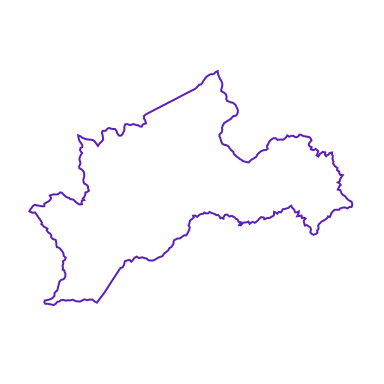 outline of Campo Largo, Paraná, Brazil, rotated 94°
{"feature_id": "56859067B88881435376301", "entity_name": "Campo Largo", "entity_type": "district", "adm_level": 2, "iso_a3": "BRA", "parent_name": "Brazil", "parent_adm1": "Paraná", "projection": "albers", "projection_center": [-49.618, -25.266], "detail": "fine", "context": "isolated", "style": "outline", "palette": "violet", "viewbox_px": 384, "rotation_deg": 94, "n_neighbors": 0, "source": "geoboundaries", "source_scale": "gbopen_adm2", "svg_char_len": 6016}
<svg xmlns="http://www.w3.org/2000/svg" viewBox="0 0 384 384"><g transform="rotate(94 192 192)"><path d="M313.7,330.7L313.6,327.8L314.4,322.1L312.9,320.0L311.0,318.7L310.4,316.7L309.2,315.5L308.6,312.8L309.2,310.4L308.6,308.4L308.7,306.3L307.8,303.4L308.5,301.7L309.1,299.5L309.1,296.2L308.1,294.3L306.8,292.4L306.8,290.4L307.2,288.8L306.4,286.4L306.3,283.7L308.0,281.6L309.0,279.2L298.8,272.5L287.8,266.5L272.7,258.0L272.1,256.0L269.9,254.9L268.1,254.5L265.7,254.1L264.7,251.6L264.1,249.5L265.8,247.7L264.3,246.4L261.6,244.7L260.3,242.7L261.6,240.4L260.6,237.1L261.3,234.8L261.5,232.6L263.2,230.6L263.2,226.8L262.5,224.9L261.2,223.0L260.1,221.5L258.9,219.3L258.2,217.1L256.6,216.2L255.3,215.5L253.9,213.8L251.8,211.6L249.6,210.7L248.4,208.8L244.8,206.8L242.9,207.0L241.4,206.5L239.4,203.2L239.1,200.7L237.4,199.0L235.7,196.5L235.6,194.7L233.2,193.4L229.7,192.1L227.2,191.8L225.7,193.1L223.8,192.5L220.6,192.0L219.0,190.2L217.2,188.5L215.6,189.2L215.3,186.9L216.5,185.1L215.0,183.8L213.6,182.2L213.0,179.5L211.6,178.4L212.3,177.0L212.2,174.5L210.6,173.0L211.5,171.3L212.3,168.0L213.4,166.1L213.0,164.5L214.5,162.7L216.2,161.9L215.6,160.4L216.4,158.8L214.7,158.6L212.6,157.6L212.0,155.5L213.8,152.9L213.0,150.5L214.3,147.9L215.7,146.3L216.3,144.5L218.6,143.4L218.8,141.2L221.8,142.6L221.9,141.0L219.1,138.9L218.4,135.2L217.5,133.7L219.8,132.3L218.5,131.0L217.6,129.5L218.3,127.1L216.5,124.9L214.1,123.1L212.2,121.3L212.5,118.6L214.1,118.0L212.7,115.2L212.6,112.8L211.2,111.2L210.5,109.6L209.1,108.6L206.1,108.8L206.7,106.9L207.7,105.4L205.7,104.0L206.1,101.8L204.5,100.9L203.0,100.3L202.0,97.1L201.1,94.6L199.9,93.6L198.8,92.1L200.9,90.7L202.4,88.9L205.1,87.6L205.0,85.9L203.9,84.1L205.9,84.1L208.9,85.4L208.5,83.7L207.9,81.1L210.3,80.6L209.8,78.5L210.5,76.9L212.5,78.3L214.0,78.4L216.0,77.6L217.6,77.1L217.0,75.2L217.9,73.7L219.1,71.5L221.0,70.7L223.9,71.2L225.5,69.6L226.2,67.8L225.1,65.3L223.7,64.0L221.8,64.5L220.2,63.3L218.6,63.3L217.0,63.9L215.3,63.1L212.7,60.9L211.8,59.6L210.5,57.5L208.6,55.2L206.8,54.6L207.4,52.8L205.3,52.0L203.3,51.5L201.5,50.1L199.9,48.6L199.6,46.9L199.5,44.2L197.9,42.7L197.1,40.7L196.7,38.3L197.5,35.8L195.9,33.9L195.8,31.8L194.0,31.2L192.3,31.5L190.5,32.2L189.6,34.6L188.7,35.9L187.2,37.6L185.4,39.1L184.3,41.4L183.0,42.7L179.8,44.2L179.4,46.7L176.2,45.5L174.6,44.2L173.1,45.4L172.3,47.2L170.9,45.4L168.5,45.0L164.7,42.8L164.6,45.3L163.2,46.4L161.2,46.6L160.1,48.8L158.0,48.6L156.3,51.2L153.6,53.2L151.6,53.1L149.1,54.2L146.3,54.0L144.8,54.9L142.8,55.0L143.7,57.7L145.1,58.2L145.8,59.8L147.0,60.6L145.4,62.1L143.2,61.8L142.9,64.5L144.1,65.6L145.0,67.0L147.7,68.4L146.8,70.2L145.0,69.5L142.4,68.9L140.4,71.6L141.8,73.8L141.1,76.4L138.9,75.8L138.3,77.7L136.9,78.8L135.5,78.6L134.0,77.8L132.3,76.4L130.2,77.4L129.0,79.0L128.7,82.2L128.3,85.5L127.2,87.3L127.4,89.0L128.8,89.6L130.1,91.5L130.0,93.1L128.9,94.7L129.1,96.9L130.1,99.1L128.9,100.8L130.7,101.9L132.2,103.0L133.6,105.1L133.4,107.5L134.1,110.4L132.4,112.4L132.8,114.7L134.3,116.7L136.7,118.7L139.0,119.3L140.7,120.5L142.1,120.1L143.6,119.5L144.8,120.8L145.4,123.8L146.7,126.3L148.8,128.4L150.4,129.5L152.5,130.5L154.6,133.3L155.7,135.1L157.3,136.5L158.5,137.4L158.4,139.1L157.6,143.6L156.4,144.9L155.9,146.4L154.6,148.1L153.8,149.6L152.7,150.9L151.3,152.8L149.1,153.6L147.6,155.7L145.6,157.6L143.9,158.7L142.8,161.2L142.7,163.1L141.8,165.1L139.2,166.6L136.1,167.5L134.6,168.5L132.7,168.6L130.3,166.5L127.9,166.1L125.9,166.6L123.7,166.0L120.9,164.7L116.4,158.4L115.1,157.5L113.4,156.0L113.0,153.8L111.7,152.7L109.7,151.9L107.5,151.9L105.9,152.5L101.9,154.8L100.0,157.7L99.9,159.7L99.3,161.3L98.6,163.4L97.0,164.3L94.6,164.1L92.3,164.9L91.0,166.4L89.4,169.7L87.8,170.0L85.0,169.3L83.3,169.2L81.6,169.4L78.6,170.8L77.5,171.8L74.3,173.5L72.5,174.3L69.6,174.8L70.9,177.0L72.3,178.1L73.1,179.6L73.3,181.9L75.5,185.0L77.8,186.9L81.0,188.7L82.7,189.5L84.1,190.5L84.4,192.3L85.8,193.3L87.9,195.0L89.4,196.8L95.9,207.7L98.4,211.8L99.5,213.4L102.1,217.8L103.5,220.0L104.2,221.4L105.5,223.3L108.9,229.0L110.0,230.7L111.4,233.1L112.5,234.8L115.1,239.0L117.6,243.2L119.7,245.3L122.0,245.1L123.5,243.8L126.7,242.7L128.1,245.9L130.3,246.6L130.2,248.6L129.2,250.2L129.2,251.9L128.3,255.2L129.5,257.8L129.3,259.5L128.8,261.2L129.2,263.3L131.4,264.0L135.1,263.8L139.5,265.6L140.7,266.7L140.8,268.9L138.9,270.5L136.2,271.7L134.6,273.2L134.6,276.5L133.9,279.1L134.8,280.8L136.9,282.4L137.4,285.5L139.3,286.1L140.8,285.3L145.9,284.3L148.0,285.6L150.1,287.7L152.6,289.1L150.3,290.9L148.4,292.5L147.3,293.9L146.9,296.3L146.8,300.6L146.2,303.0L145.5,305.4L144.4,306.7L143.4,309.5L147.5,308.5L149.0,307.7L152.8,304.7L154.9,304.7L155.9,306.3L158.1,306.6L159.6,305.5L160.7,304.3L162.4,305.3L165.6,306.5L167.6,306.5L170.7,305.3L172.3,305.6L174.2,306.4L176.1,306.1L177.1,303.8L179.1,301.5L181.5,300.8L184.2,300.6L187.2,301.3L188.9,301.0L191.1,300.1L192.1,297.8L193.7,296.1L195.7,295.9L197.9,294.9L199.3,296.6L199.8,298.2L202.4,298.4L204.8,299.2L206.0,300.4L207.6,299.0L208.2,301.2L210.3,301.5L211.9,300.9L212.3,303.2L211.2,305.6L210.0,307.4L208.9,308.5L207.7,310.4L207.6,312.9L206.5,314.1L206.2,316.0L205.3,317.7L203.3,320.3L201.8,321.7L201.6,323.6L203.3,325.1L203.9,326.8L204.0,329.0L204.4,331.2L205.4,333.6L207.9,332.1L209.9,333.0L211.2,334.2L213.9,338.5L216.4,338.3L216.8,340.0L216.4,342.8L216.2,345.7L215.8,348.0L217.2,349.8L219.1,350.9L220.7,352.1L222.7,352.8L223.8,349.9L223.4,347.2L224.7,345.9L228.0,343.5L230.2,341.5L233.1,339.5L234.5,340.1L235.6,338.5L236.9,337.5L237.5,335.9L238.7,333.6L240.2,334.3L242.4,332.6L243.3,330.8L244.9,329.4L246.7,329.4L248.5,327.8L249.3,324.7L251.6,323.9L254.3,323.6L256.4,323.0L256.7,321.1L258.0,319.3L259.6,317.9L261.0,316.7L262.4,315.9L264.8,315.5L266.3,313.4L268.4,313.9L270.1,315.9L272.4,315.4L274.8,316.0L276.8,315.4L278.5,315.6L279.0,314.0L280.4,313.6L282.5,312.5L285.4,312.5L287.8,313.8L288.9,316.5L290.5,317.9L295.3,318.8L299.6,319.5L300.9,321.0L302.5,322.1L305.3,322.0L306.8,323.1L308.2,324.6L309.2,326.8L310.1,329.4L310.5,331.3L312.2,331.6L313.7,330.7Z" fill="none" stroke="#5b21b6" stroke-width="2"/></g></svg>